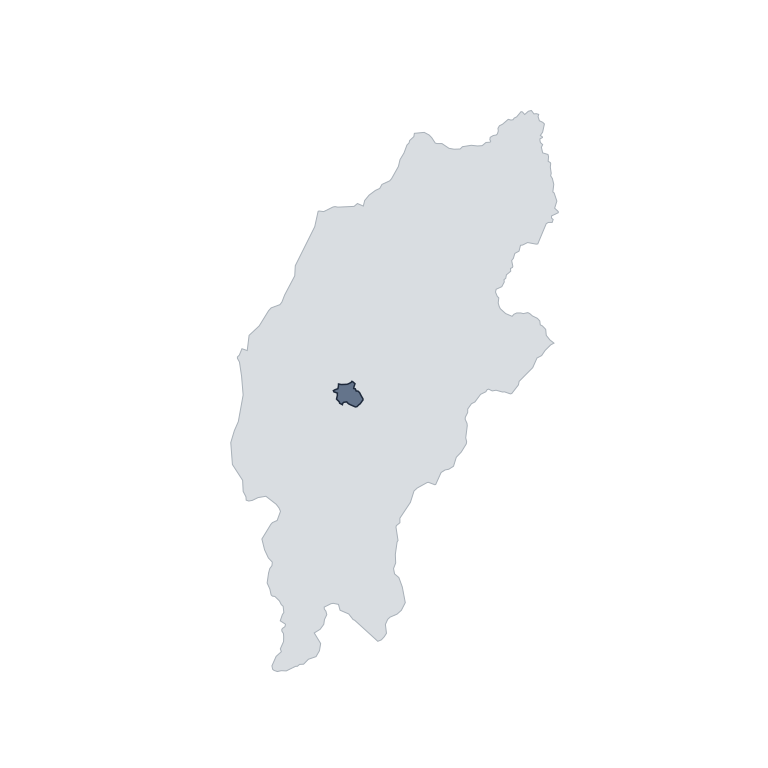 location of Erdenedalai, Dundgovi, Mongolia, rotated 109°
{"feature_id": "93677404B12047368339882", "entity_name": "Erdenedalai", "entity_type": "district", "adm_level": 2, "iso_a3": "MNG", "parent_name": "Mongolia", "parent_adm1": "Dundgovi", "projection": "mercator", "projection_center": [104.982, 46.023], "detail": "fine", "context": "in_parent", "style": "filled", "palette": "slate", "viewbox_px": 768, "rotation_deg": 109, "n_neighbors": 0, "source": "geoboundaries", "source_scale": "gbopen_adm2", "svg_char_len": 4446}
<svg xmlns="http://www.w3.org/2000/svg" viewBox="0 0 768 768"><g transform="rotate(109 384 384)"><path d="M78.7,325.5L81.0,325.4L84.5,322.8L84.9,319.1L85.9,317.0L94.3,316.0L98.1,317.1L98.7,314.8L99.4,314.4L101.5,316.4L103.4,315.6L104.8,314.7L106.0,311.9L108.9,312.3L113.8,309.2L113.6,303.7L115.5,302.4L120.0,301.3L120.5,298.8L121.4,298.1L124.7,297.4L130.3,294.5L132.9,294.2L134.9,291.7L139.9,288.5L147.4,286.9L148.0,285.3L154.8,280.1L162.2,279.9L164.2,275.4L165.3,275.0L170.5,280.3L172.6,279.6L173.4,277.6L176.5,277.6L177.8,281.3L179.6,282.8L201.5,284.2L202.2,285.6L203.5,294.3L207.5,298.2L208.4,300.1L214.4,299.6L217.9,302.8L223.1,302.6L225.7,303.5L230.8,300.5L232.0,300.5L233.6,302.0L236.1,300.9L240.9,303.8L244.5,303.3L246.3,304.5L248.4,303.5L253.6,304.3L257.9,308.8L260.8,308.5L264.2,305.5L265.2,303.5L270.2,302.4L273.1,300.4L275.0,298.5L277.8,291.9L278.3,284.9L275.8,283.9L273.6,281.6L272.3,277.8L272.1,275.2L269.7,271.3L269.9,269.3L271.3,265.9L272.0,260.3L273.7,257.2L277.2,255.5L277.5,253.2L279.7,248.9L285.2,246.4L288.3,241.5L290.0,236.6L292.7,239.1L299.8,242.6L305.8,244.2L309.6,247.8L320.1,248.7L337.5,257.1L341.1,256.6L351.4,260.1L352.2,261.3L352.2,267.6L353.0,269.3L353.4,276.0L355.3,279.4L354.8,283.4L355.7,284.6L358.2,285.2L362.3,289.3L371.4,292.2L374.2,294.9L380.4,296.7L383.7,295.6L388.9,296.3L390.9,295.8L394.2,292.7L396.3,291.7L408.3,289.2L411.6,287.1L413.8,286.7L423.2,288.8L429.7,291.8L439.1,291.5L443.5,295.0L445.4,298.3L449.1,301.2L462.1,302.4L462.7,303.1L462.5,310.0L463.1,311.1L471.5,318.7L475.4,320.8L487.3,320.5L505.7,325.3L510.0,323.8L513.9,326.2L515.4,326.1L527.4,319.8L529.1,320.2L541.5,317.8L549.4,314.7L555.4,314.9L560.1,312.2L562.2,306.9L570.0,300.6L583.8,292.7L592.3,293.9L597.3,296.7L602.5,302.4L605.4,303.9L610.9,304.4L618.9,300.5L623.0,301.5L626.8,303.2L629.3,306.1L616.9,334.9L616.8,336.5L612.9,342.5L612.2,351.9L607.2,355.3L607.9,360.6L609.0,362.6L614.4,367.9L616.2,367.2L617.7,365.0L620.7,363.0L626.1,363.6L630.8,362.7L636.7,364.5L642.1,368.9L650.0,359.4L657.2,358.2L663.9,359.5L668.9,365.9L675.1,368.8L676.6,372.5L679.1,374.0L679.7,375.7L687.1,383.0L688.5,387.8L690.6,391.2L690.6,394.7L690.0,396.4L687.0,398.2L676.6,397.3L670.5,393.9L668.2,395.8L660.3,395.1L655.8,396.5L652.7,397.8L650.9,400.1L649.5,400.7L648.2,400.5L645.8,398.7L643.7,398.8L643.1,399.2L641.7,405.0L635.0,405.0L632.7,404.3L627.0,407.0L626.1,409.2L623.1,412.3L620.4,418.0L620.9,420.5L620.1,422.1L615.0,425.2L610.2,429.7L600.3,431.6L595.7,431.9L592.2,430.8L588.8,431.6L586.1,436.7L579.7,442.9L570.3,449.0L553.5,445.3L551.4,444.4L547.8,440.6L538.1,440.4L535.3,443.0L532.8,446.8L528.6,459.1L532.4,466.1L536.9,470.6L538.7,473.8L538.7,476.5L535.6,477.8L531.4,482.2L521.1,486.3L509.5,501.1L489.3,509.8L476.8,510.3L467.0,509.5L440.3,513.6L423.0,521.2L410.3,527.8L407.5,530.9L406.2,531.4L403.8,530.2L396.9,529.8L396.9,524.2L381.9,527.4L369.7,520.9L352.3,517.0L348.8,515.5L342.8,508.2L339.7,507.2L332.0,506.9L310.8,503.6L301.0,506.4L257.8,500.7L242.2,502.5L241.6,501.8L240.6,497.1L233.2,489.8L232.2,488.0L231.8,485.2L225.8,470.1L222.0,467.9L222.5,461.5L216.7,462.0L210.3,459.6L203.7,455.1L200.5,451.7L195.9,450.9L190.1,444.8L187.5,443.7L173.6,441.2L166.6,441.9L159.1,440.3L150.6,440.1L147.9,438.8L145.4,439.0L140.4,436.3L137.1,436.9L133.0,427.9L133.9,422.3L135.6,419.0L139.5,414.0L139.4,412.1L137.8,407.5L140.0,399.3L139.2,394.2L137.0,388.5L134.1,387.1L129.9,379.2L128.5,373.1L126.7,368.8L122.4,366.2L120.9,362.5L119.6,362.2L118.7,363.4L116.2,363.9L113.5,361.6L112.0,358.9L110.5,358.2L107.6,358.3L105.1,359.5L102.2,358.9L99.8,356.5L93.3,352.7L93.1,349.9L92.1,348.0L90.2,347.5L88.2,345.5L81.9,343.1L81.7,341.7L83.4,338.7L79.1,336.3L77.4,333.7L79.8,330.2L78.8,327.9L78.7,325.5Z" fill="#d9dde1" stroke="#a8b0b8" stroke-width="1"/><path d="M414.2,402.2L411.6,400.9L410.9,400.3L409.0,399.6L406.8,399.0L406.3,398.7L405.5,398.8L404.6,399.3L403.9,400.2L402.4,401.9L400.1,404.3L399.2,406.3L399.7,408.0L399.2,408.4L397.9,409.6L398.1,411.2L396.4,411.5L393.2,411.5L392.1,414.1L391.9,415.2L393.2,415.6L395.3,417.6L396.3,418.8L398.3,423.9L398.5,424.6L398.6,425.7L398.8,427.0L400.8,426.4L402.9,426.1L403.5,426.1L405.3,428.4L406.8,429.7L407.8,428.7L407.7,427.6L407.8,425.1L408.0,425.1L410.2,424.3L410.7,424.3L413.7,424.0L414.4,422.7L414.7,421.9L415.5,420.4L416.6,419.7L417.1,416.6L415.8,416.8L414.4,416.1L414.0,415.3L413.0,413.4L413.6,412.6L414.3,410.9L414.6,408.6L414.7,407.2L415.0,403.6L414.2,402.2Z" fill="#64748b" stroke="#1e293b" stroke-width="1.5"/></g></svg>